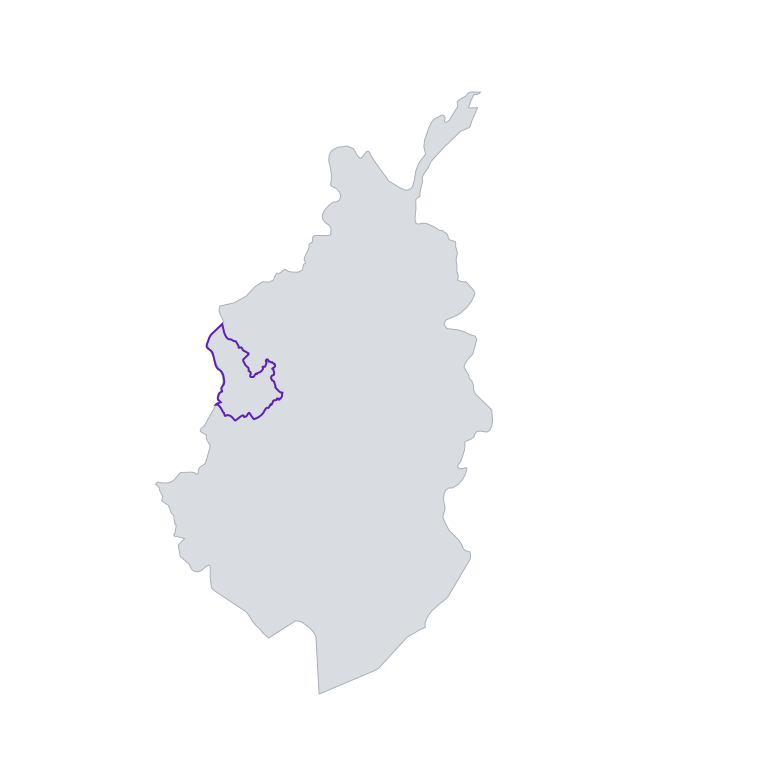 Afghanistan, with Faryab highlighted, rotated 318°
{"feature_id": "AFG-1745", "entity_name": "Faryab", "entity_type": "Province", "adm_level": 1, "iso_a3": "AFG", "parent_name": "Afghanistan", "parent_adm1": "", "projection": "natural_earth1", "projection_center": [65.119, 36.214], "detail": "fine", "context": "in_parent", "style": "outline", "palette": "violet", "viewbox_px": 768, "rotation_deg": 318, "n_neighbors": 0, "source": "natural_earth", "source_scale": "10m", "svg_char_len": 8580}
<svg xmlns="http://www.w3.org/2000/svg" viewBox="0 0 768 768"><g transform="rotate(318 384 384)"><path d="M340.2,226.5L353.3,225.3L362.2,226.9L366.9,231.5L371.5,232.7L376.0,230.5L378.8,230.1L379.9,231.5L382.1,232.1L385.6,231.9L387.5,233.1L388.0,235.9L390.6,239.4L395.2,243.6L399.3,244.6L404.6,241.3L406.4,241.7L407.2,240.6L407.8,238.2L411.0,236.0L416.8,233.9L420.1,232.0L421.3,230.4L423.3,230.0L425.5,230.5L427.0,229.9L428.2,227.8L430.2,227.0L432.0,227.4L440.2,235.0L443.4,237.3L444.8,236.9L448.9,232.8L449.4,229.0L448.2,224.0L448.9,220.0L451.5,216.9L456.4,215.0L463.6,214.3L468.0,214.8L469.7,216.3L471.9,217.2L474.6,217.4L477.2,215.6L479.4,211.8L479.5,207.2L477.3,201.7L477.8,199.9L481.4,197.1L485.2,193.0L488.8,187.6L492.3,181.1L496.6,177.1L501.8,175.5L508.2,177.3L515.8,182.4L518.8,188.6L517.1,196.1L517.0,200.2L518.6,200.9L527.1,199.5L528.2,200.5L528.2,202.6L527.0,205.8L525.7,214.6L523.4,236.4L527.3,249.4L529.9,254.6L532.4,256.2L535.0,256.8L537.5,256.3L542.6,253.0L550.3,246.9L557.8,243.1L568.8,241.0L572.3,234.4L577.3,230.0L588.8,223.6L595.0,221.1L598.7,220.7L607.5,223.1L608.1,225.1L607.5,227.2L605.1,228.9L604.3,230.3L605.3,231.3L608.8,231.7L624.1,227.2L627.4,223.2L630.7,223.1L637.2,224.8L642.2,224.2L644.9,225.9L651.0,231.7L649.1,232.0L646.4,230.9L644.8,229.0L638.7,231.4L631.9,235.1L632.1,236.0L638.4,241.3L625.7,247.0L620.1,250.3L618.7,250.4L610.0,247.4L585.9,248.3L567.7,250.1L560.7,253.1L554.0,254.5L550.6,256.0L548.4,259.1L538.4,265.9L536.7,268.4L531.0,268.2L525.3,274.8L516.9,282.6L515.2,286.3L516.6,288.2L521.2,291.1L523.3,293.7L526.6,301.3L528.0,306.7L530.0,309.1L531.2,315.4L529.2,319.1L529.3,320.9L532.2,325.8L531.5,327.3L529.4,329.5L526.2,335.7L520.3,340.3L517.8,344.3L513.7,348.8L512.0,352.6L510.2,354.7L508.3,355.8L508.9,357.8L510.5,360.4L513.3,363.2L513.3,374.7L511.9,377.9L504.4,381.0L497.1,382.4L488.2,382.5L484.9,382.0L472.4,377.8L468.5,379.9L467.8,384.9L475.0,393.1L477.9,397.7L481.2,405.3L483.7,409.3L482.9,412.9L470.2,421.1L462.1,421.9L457.1,423.3L454.6,425.3L452.9,433.9L451.1,437.1L451.2,440.9L449.5,445.1L446.9,447.9L445.2,452.3L446.8,475.2L439.6,484.4L435.5,487.6L431.5,489.2L428.3,488.6L424.1,483.4L421.2,481.4L418.4,481.8L415.5,483.6L410.8,483.0L406.8,481.2L404.8,481.4L403.7,483.2L399.4,487.1L389.0,493.1L384.8,493.6L383.0,495.0L383.7,497.5L385.6,499.5L388.9,500.9L389.0,502.5L383.7,505.6L378.3,507.6L372.1,508.3L365.6,507.2L362.3,504.5L358.4,504.3L354.8,506.2L351.1,509.4L346.0,517.5L338.5,522.4L336.7,527.5L334.4,536.5L335.2,549.7L334.3,555.6L332.7,559.4L333.0,562.5L335.5,565.9L334.5,568.2L332.4,570.7L330.4,572.0L289.4,584.8L282.7,585.1L279.2,584.6L267.6,584.5L262.8,585.5L258.0,587.2L254.4,589.3L251.6,592.5L246.8,590.7L231.5,587.6L190.1,591.7L186.2,591.0L128.3,571.0L164.4,526.1L165.4,522.4L165.6,515.0L163.4,505.2L159.9,500.8L128.3,495.6L127.3,487.9L127.8,484.5L127.3,478.0L127.4,472.9L128.9,464.6L129.0,460.8L119.5,423.5L119.5,419.9L125.5,411.4L133.0,403.0L132.7,401.4L128.9,400.5L123.2,400.4L120.2,399.2L117.9,396.8L117.0,393.5L118.6,387.5L117.2,375.9L123.2,366.1L132.4,365.5L127.8,358.3L126.8,357.6L126.5,356.4L127.0,355.1L129.3,354.7L134.9,350.1L135.2,347.5L139.9,340.8L139.5,337.8L142.6,329.9L141.0,324.6L140.8,321.7L144.2,319.9L146.3,312.4L147.6,310.6L147.7,308.8L147.0,305.7L150.1,305.3L152.9,309.1L157.4,313.1L160.3,314.3L163.9,314.9L172.1,313.6L173.8,313.8L182.2,320.9L183.7,322.7L184.3,325.5L185.7,326.3L188.7,323.6L191.5,322.6L197.0,323.5L199.9,322.5L213.6,313.7L214.7,308.1L216.0,304.9L217.9,303.0L215.7,296.6L216.5,295.3L218.3,294.7L222.9,294.7L243.7,287.7L249.2,287.7L250.4,287.1L250.7,285.1L252.2,283.1L262.1,277.8L267.8,272.6L269.8,268.6L279.1,236.2L284.1,233.4L289.2,231.4L306.4,230.8L309.6,220.8L311.1,218.5L314.1,216.2L326.8,223.3L340.2,226.5Z" fill="#d9dde1" stroke="#a8b0b8" stroke-width="1"/><path d="M275.9,249.2L277.2,246.7L277.7,245.1L277.6,243.3L276.9,239.8L277.0,238.1L277.7,236.9L278.8,236.1L285.5,232.5L288.2,231.6L303.9,231.2L303.7,231.5L299.5,239.1L298.4,242.5L298.2,243.9L298.1,244.6L298.2,245.2L298.5,246.6L300.4,249.0L300.8,251.0L301.2,251.6L301.4,251.9L302.0,252.6L302.2,253.0L302.3,253.4L302.4,253.6L302.3,253.8L302.1,254.9L301.8,256.3L301.3,258.4L301.2,258.6L301.0,259.0L300.8,259.1L300.5,259.4L300.4,259.6L300.4,259.8L300.5,260.0L300.9,260.4L301.8,260.9L302.1,261.1L302.3,261.3L302.5,261.6L302.5,261.9L302.5,262.0L302.1,263.5L301.9,264.9L301.9,265.3L302.0,265.7L302.6,266.6L303.0,268.0L303.3,269.1L303.4,269.5L303.8,270.5L303.1,270.8L302.9,271.2L302.9,271.4L302.8,271.5L302.7,271.5L302.3,271.4L296.2,271.6L295.5,271.8L295.3,272.0L295.0,272.3L294.9,272.6L293.7,277.0L293.7,279.1L293.8,279.5L293.8,279.8L293.9,280.0L294.0,280.3L294.0,280.7L294.0,281.2L293.9,281.5L293.5,282.2L293.2,282.6L293.1,282.8L292.8,283.1L292.6,283.2L292.2,283.6L292.5,285.2L292.7,285.8L292.6,286.0L292.5,286.3L292.0,287.0L291.8,287.2L291.6,287.4L291.4,287.5L290.7,287.8L290.1,288.3L289.9,288.5L289.7,288.7L289.7,288.9L289.7,289.2L289.7,289.4L289.7,289.6L289.8,289.7L290.0,290.0L291.3,291.1L291.9,291.4L292.3,291.4L292.6,291.4L292.8,291.4L293.2,291.1L293.5,290.9L295.0,290.7L295.4,290.6L295.6,290.6L295.8,290.8L295.9,291.2L296.0,291.4L296.1,291.5L296.6,291.3L297.0,291.1L297.3,291.2L297.6,291.4L297.8,291.5L299.5,292.1L301.3,292.4L303.8,292.0L304.0,291.9L304.4,291.5L304.6,291.2L304.8,290.9L304.9,290.7L305.0,290.4L305.1,290.2L305.4,290.1L305.6,290.1L305.8,290.2L305.9,290.3L306.1,290.6L306.3,290.9L306.5,291.1L306.9,291.4L307.1,291.5L307.3,291.5L307.8,291.2L308.9,290.7L309.3,290.6L309.9,290.1L310.5,289.8L310.7,289.7L310.8,289.6L311.0,289.3L311.1,289.2L311.3,288.5L311.3,288.2L312.2,287.4L312.8,287.3L313.1,287.3L313.3,287.3L313.5,287.5L313.9,287.8L314.0,288.0L314.0,288.3L313.7,288.6L313.7,288.8L313.7,289.2L313.7,289.3L313.6,289.5L313.4,289.8L313.3,290.0L313.5,290.4L313.7,290.6L314.0,290.8L314.2,291.0L314.4,291.7L314.7,292.6L314.8,292.7L314.9,292.8L315.2,292.9L315.3,292.9L315.3,293.1L315.3,293.3L315.7,295.0L315.7,295.3L315.7,295.5L315.8,295.5L316.0,295.5L316.1,295.9L315.9,296.2L315.7,296.5L315.6,296.8L315.5,297.3L315.4,297.5L314.7,298.0L313.4,298.2L312.4,297.9L311.8,297.9L311.6,297.9L311.4,297.9L311.1,298.0L311.1,298.3L311.2,298.7L311.3,298.9L311.2,299.2L311.1,299.9L311.0,300.2L310.7,300.6L310.6,300.8L309.7,302.2L309.0,303.1L308.6,303.4L308.4,303.4L308.2,303.4L307.0,303.0L305.9,302.9L305.5,303.0L305.2,303.1L304.1,304.0L303.8,304.3L303.7,304.5L303.7,304.8L303.7,305.1L303.7,305.3L303.5,305.8L303.4,306.1L303.3,306.3L303.4,306.5L303.9,308.1L303.9,308.4L303.9,308.5L303.8,308.8L302.7,311.1L302.2,312.5L302.1,312.8L301.9,313.0L301.3,313.3L301.2,313.4L301.1,313.6L301.0,314.7L300.9,316.0L301.1,316.9L301.1,317.3L301.0,318.2L301.0,318.7L301.1,319.4L301.5,320.9L301.7,321.2L301.8,321.5L302.7,322.5L301.4,323.4L300.3,324.7L300.1,324.8L298.2,325.5L297.7,325.6L297.4,325.4L297.1,325.2L296.8,325.2L296.1,325.5L295.9,325.6L295.6,325.5L295.4,325.3L295.4,325.2L295.5,325.0L295.6,324.7L295.6,324.3L295.3,323.6L295.1,323.4L294.7,323.2L294.3,323.4L294.0,323.7L293.9,323.8L293.4,323.9L292.6,323.5L292.5,323.4L292.1,323.1L291.9,323.0L291.5,322.8L291.1,322.5L290.8,322.4L290.4,322.4L289.8,322.6L289.3,322.9L289.0,323.2L288.0,323.7L286.6,324.1L286.4,324.1L286.3,323.8L286.3,323.7L286.3,323.3L286.2,323.3L286.0,323.2L285.7,323.3L282.9,324.4L282.6,324.4L282.3,324.4L281.9,324.2L281.1,323.3L280.8,323.2L280.4,323.2L278.7,323.4L275.8,324.4L275.4,324.6L274.5,324.8L273.3,324.8L272.2,325.0L271.5,325.0L267.7,324.5L264.2,323.3L264.0,323.2L263.8,323.0L263.8,322.4L263.8,321.6L264.0,319.9L264.0,319.2L264.0,318.7L264.4,317.3L264.5,316.3L264.5,315.7L264.5,315.3L264.2,315.0L262.5,315.2L261.2,315.7L260.8,315.7L260.1,315.9L259.8,315.9L259.4,315.7L258.0,314.9L258.1,314.6L258.3,314.2L258.4,313.9L258.4,313.7L258.3,313.2L258.1,312.9L257.9,312.7L255.6,312.2L249.7,311.8L249.3,311.6L249.1,311.5L249.0,311.3L248.8,311.1L248.8,310.7L248.9,310.2L248.9,309.9L248.9,309.4L248.8,306.2L248.6,305.4L248.3,304.5L247.8,303.6L247.4,303.0L246.7,302.4L246.4,302.1L246.0,301.9L245.5,301.7L245.1,301.7L244.9,301.6L244.6,301.4L244.6,301.1L244.7,300.6L245.1,299.4L245.6,298.6L245.7,298.3L245.6,297.4L245.7,296.6L246.0,295.6L246.7,292.6L246.8,290.8L246.8,288.8L246.4,287.4L245.3,286.8L245.9,286.7L246.9,286.9L250.5,288.3L250.5,287.7L250.2,285.5L250.1,284.7L250.5,284.0L250.9,283.4L253.4,281.5L254.7,280.9L256.1,280.6L257.6,280.9L258.2,281.1L258.7,281.2L259.0,280.9L259.6,279.1L260.1,278.5L260.6,278.1L261.3,277.8L264.1,277.2L265.3,276.7L266.5,275.7L267.3,274.8L270.2,270.3L270.9,268.7L271.3,267.0L271.5,265.2L271.4,264.3L270.9,262.5L270.7,261.6L270.7,260.6L270.8,259.7L271.3,257.9L271.9,256.4L275.9,249.2Z" fill="none" stroke="#5b21b6" stroke-width="2"/></g></svg>